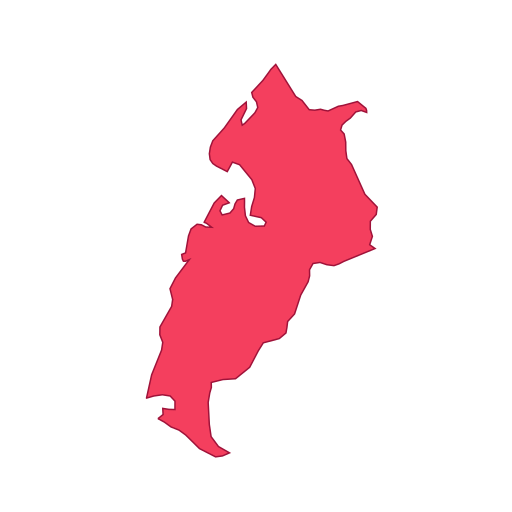 SVG path tracing the border of Trikuṇāmalaya, rotated 232°
{"feature_id": "LKA-2454", "entity_name": "Trikuṇāmalaya", "entity_type": "District", "adm_level": 1, "iso_a3": "LKA", "parent_name": "Sri Lanka", "parent_adm1": "", "projection": "albers", "projection_center": [81.128, 8.569], "detail": "fine", "context": "isolated", "style": "filled", "palette": "rose", "viewbox_px": 512, "rotation_deg": 232, "n_neighbors": 0, "source": "natural_earth", "source_scale": "10m", "svg_char_len": 2111}
<svg xmlns="http://www.w3.org/2000/svg" viewBox="0 0 512 512"><g transform="rotate(232 256 256)"><path d="M188.2,78.5L188.3,85.2L193.3,88.7L188.8,92.9L184.9,97.6L191.5,102.8L198.5,102.2L204.3,96.8L208.6,89.3L211.4,82.3L211.5,82.3L226.6,100.6L240.0,123.7L245.4,129.4L253.1,131.7L259.2,136.6L268.2,158.5L270.5,160.9L272.9,163.4L272.9,163.5L283.2,168.1L288.3,179.1L294.2,201.2L295.3,197.2L296.6,195.6L298.9,196.1L303.0,198.4L301.8,202.4L313.4,215.2L317.3,221.5L317.3,229.1L314.2,232.2L309.8,234.2L305.9,238.8L309.0,238.0L312.1,237.2L312.9,236.8L314.4,235.9L314.5,235.9L323.5,255.7L324.9,266.0L314.5,267.7L314.4,267.7L316.6,260.9L313.8,255.4L309.2,254.6L305.9,261.9L307.0,267.5L310.0,271.6L311.6,275.8L308.5,282.4L306.0,280.5L301.5,276.9L294.2,272.4L286.9,270.8L279.9,273.7L274.5,281.0L276.4,284.8L282.9,283.8L291.6,276.6L297.6,283.0L303.0,290.7L309.6,297.0L318.7,299.7L338.0,299.3L344.5,295.2L340.2,285.3L351.2,280.2L355.5,278.9L360.2,279.2L365.3,282.2L369.9,287.1L373.4,292.9L376.4,309.8L382.9,331.6L383.1,337.3L383.3,343.0L378.0,339.3L372.5,328.0L367.6,325.7L367.4,328.7L369.4,342.5L369.6,343.5L371.9,348.8L374.7,350.1L377.2,351.3L377.3,351.3L383.0,351.3L387.5,353.3L390.1,369.5L393.3,380.7L393.9,382.6L394.8,389.5L357.2,385.5L350.2,388.0L343.8,388.0L338.5,388.0L334.7,392.1L331.9,397.2L328.8,399.5L325.9,402.1L323.3,413.1L321.1,417.2L315.2,431.1L304.7,433.5L302.7,432.8L301.0,431.6L305.9,428.5L308.1,423.3L306.6,415.2L306.8,409.8L306.2,404.4L303.2,400.2L297.9,400.6L290.5,396.8L283.7,391.6L276.8,387.6L269.3,387.6L237.6,379.8L219.9,381.6L214.7,376.3L213.0,367.5L206.6,362.4L199.8,359.8L194.9,352.5L188.6,354.4L197.7,321.9L198.7,316.6L200.4,311.5L205.6,306.4L211.5,302.5L215.0,296.3L212.2,289.7L207.3,286.0L203.6,281.2L197.7,267.2L186.6,250.7L184.9,240.6L180.5,236.2L176.9,232.2L176.6,223.5L183.1,208.3L179.9,199.5L172.2,182.5L171.9,164.3L179.0,153.9L183.9,142.9L179.9,139.9L176.6,135.3L170.1,128.2L152.0,115.5L141.3,109.4L129.0,109.1L117.2,113.9L119.1,106.5L122.6,100.5L139.0,92.9L158.3,90.4L166.3,88.1L173.6,83.8L181.6,81.5L188.2,78.6L188.2,78.5Z" fill="#f43f5e" stroke="#9f1239" stroke-width="1.5"/></g></svg>